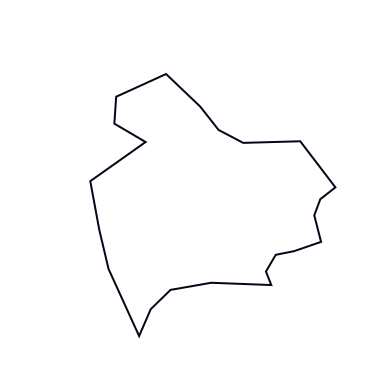 Kataliontas, Nicosia, Cyprus, rotated 57°
{"feature_id": "46923920B20268452338603", "entity_name": "Kataliontas", "entity_type": "district", "adm_level": 2, "iso_a3": "CYP", "parent_name": "Cyprus", "parent_adm1": "Nicosia", "projection": "mercator", "projection_center": [33.308, 34.99], "detail": "fine", "context": "isolated", "style": "outline", "palette": "ink", "viewbox_px": 384, "rotation_deg": 57, "n_neighbors": 0, "source": "geoboundaries", "source_scale": "gbopen_adm2", "svg_char_len": 447}
<svg xmlns="http://www.w3.org/2000/svg" viewBox="0 0 384 384"><g transform="rotate(57 192 192)"><path d="M313.2,176.2L299.0,173.3L290.3,156.0L297.2,138.6L304.1,110.9L278.2,102.2L267.9,88.3L266.2,69.2L208.4,73.6L178.7,122.3L154.5,135.9L124.8,138.6L78.9,149.5L70.8,203.7L92.4,219.9L124.8,203.7L127.5,271.4L173.3,290.4L211.1,303.9L284.0,314.8L267.8,290.4L262.4,263.3L278.6,225.3L313.2,176.2Z" fill="none" stroke="#020617" stroke-width="2"/></g></svg>